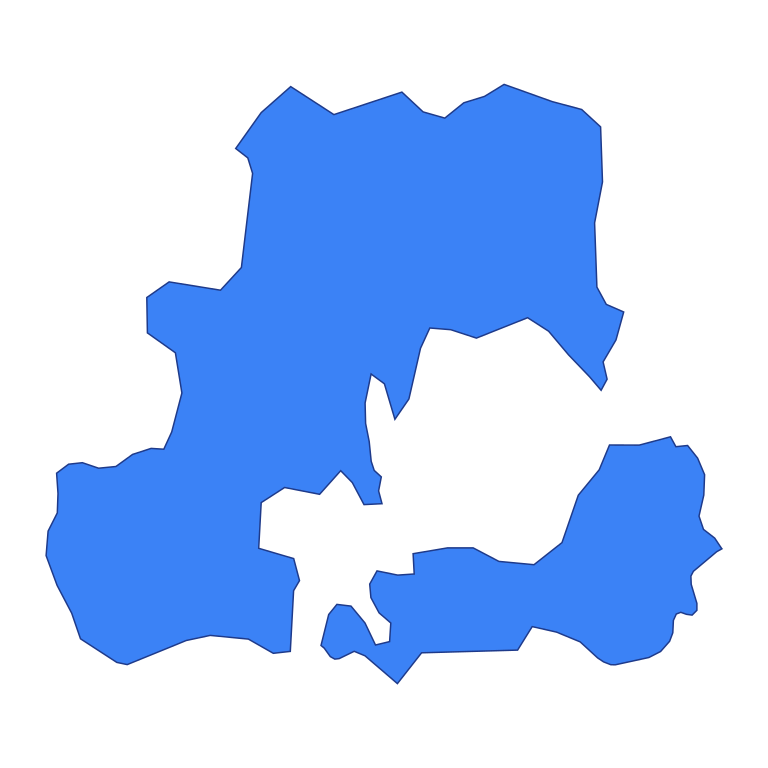 Csongrád, Albers equal-area conic projection
{"feature_id": "HUN-3172", "entity_name": "Csongrád", "entity_type": "County", "adm_level": 1, "iso_a3": "HUN", "parent_name": "Hungary", "parent_adm1": "", "projection": "albers", "projection_center": [20.284, 46.456], "detail": "fine", "context": "isolated", "style": "filled", "palette": "blue", "viewbox_px": 768, "rotation_deg": 0, "n_neighbors": 0, "source": "natural_earth", "source_scale": "10m", "svg_char_len": 1966}
<svg xmlns="http://www.w3.org/2000/svg" viewBox="0 0 768 768"><path d="M127.2,664.6L116.8,662.4L80.5,638.8L71.7,613.2L57.1,585.4L46.1,555.6L48.1,531.1L57.3,512.9L58.0,493.5L56.6,473.2L68.6,464.2L82.4,462.7L98.6,468.2L115.9,466.5L132.6,454.4L151.1,448.4L163.8,449.2L171.7,432.0L181.9,393.0L175.4,352.8L147.4,332.9L146.8,297.5L169.1,281.9L220.5,290.2L241.4,267.5L252.6,173.4L247.8,157.9L235.7,148.5L261.2,112.6L290.7,86.6L333.9,114.6L401.9,92.1L423.1,111.9L444.8,118.1L463.8,102.8L484.5,96.4L504.1,84.4L552.2,101.6L581.7,109.5L600.6,126.9L602.5,181.9L594.6,222.9L596.9,287.1L606.3,304.4L623.7,312.0L616.0,339.9L603.1,361.9L607.1,379.2L601.1,390.3L589.5,376.7L568.5,354.8L548.6,331.2L527.6,317.7L476.4,338.1L450.8,329.7L429.8,328.0L420.5,348.3L408.9,399.0L394.9,419.3L384.4,383.8L371.1,374.0L365.1,403.0L365.6,423.4L369.2,441.5L371.2,461.3L374.2,470.4L381.3,476.9L378.6,490.9L382.0,503.7L364.0,504.6L352.3,482.6L340.7,470.7L319.6,494.3L284.6,487.5L261.2,502.6L258.7,548.3L293.7,558.6L299.5,580.6L293.6,590.7L290.3,651.4L273.3,653.3L248.4,639.1L210.2,635.4L186.2,640.5L177.0,644.3L127.2,664.6ZM721.9,548.8L716.7,551.7L693.4,571.3L690.9,576.1L691.2,584.3L696.9,603.4L696.9,610.3L692.1,615.1L686.4,614.3L680.8,612.3L676.3,614.0L673.4,620.4L672.9,630.9L672.8,632.8L669.6,641.3L660.6,651.5L648.9,657.5L615.3,664.8L610.8,664.7L603.6,661.9L597.6,657.9L580.2,641.9L556.5,632.1L532.2,626.6L517.6,650.1L421.6,652.8L397.4,683.6L365.0,655.8L354.2,651.3L339.2,658.6L334.8,659.1L330.3,656.6L324.2,648.1L321.0,645.5L328.7,614.5L336.9,604.4L351.0,606.1L365.0,623.0L375.5,645.0L389.6,641.6L390.8,623.0L379.1,612.9L370.9,597.6L369.7,584.1L377.0,570.9L397.7,575.1L414.2,574.0L413.1,553.7L447.4,547.9L473.2,547.9L498.9,561.4L534.0,564.7L562.0,542.6L578.3,495.2L599.2,469.8L609.5,445.0L639.2,445.1L670.5,436.8L675.9,446.7L687.6,445.5L697.6,458.1L704.6,474.7L703.8,495.1L699.0,516.1L703.5,529.4L714.7,538.1L721.7,548.6L721.9,548.8Z" fill="#3b82f6" stroke="#1e3a8a" stroke-width="1.5"/></svg>